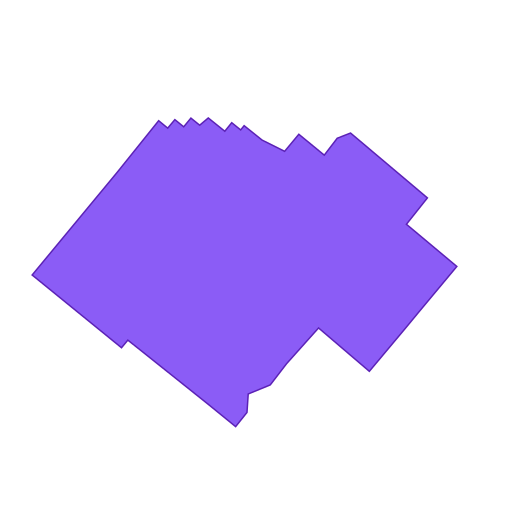 Miller, Missouri, United States of America (Equal Earth projection), rotated 128°
{"feature_id": "52423323B49877300936601", "entity_name": "Miller", "entity_type": "district", "adm_level": 2, "iso_a3": "USA", "parent_name": "United States of America", "parent_adm1": "Missouri", "projection": "equal_earth", "projection_center": [-92.479, 38.224], "detail": "fine", "context": "isolated", "style": "filled", "palette": "violet", "viewbox_px": 512, "rotation_deg": 128, "n_neighbors": 0, "source": "geoboundaries", "source_scale": "gbopen_adm2", "svg_char_len": 610}
<svg xmlns="http://www.w3.org/2000/svg" viewBox="0 0 512 512"><g transform="rotate(128 256 256)"><path d="M100.9,257.2L113.2,264.5L134.5,264.3L133.7,297.2L155.9,297.9L160.9,322.5L160.6,345.6L166.1,345.7L165.9,357.2L176.9,357.4L176.6,378.6L187.6,380.9L187.4,392.2L198.7,392.5L198.5,403.9L209.6,404.3L209.3,416.0L275.5,416.9L408.8,420.7L411.1,305.5L401.2,305.2L401.4,283.1L402.3,201.4L403.0,167.0L384.8,166.8L369.5,177.2L348.8,165.4L322.0,165.6L274.2,162.4L277.1,95.7L221.9,93.8L199.8,93.2L143.6,91.4L140.6,91.3L138.4,157.0L104.7,156.7L100.9,257.2Z" fill="#8b5cf6" stroke="#5b21b6" stroke-width="1.5"/></g></svg>